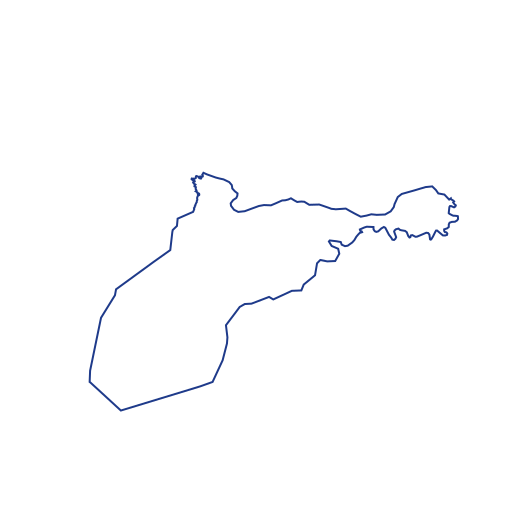 Obubra, Cross River, Nigeria, rotated 66°
{"feature_id": "59680162B46550202368720", "entity_name": "Obubra", "entity_type": "district", "adm_level": 2, "iso_a3": "NGA", "parent_name": "Nigeria", "parent_adm1": "Cross River", "projection": "robinson", "projection_center": [8.346, 6.001], "detail": "fine", "context": "isolated", "style": "outline", "palette": "blue", "viewbox_px": 512, "rotation_deg": 66, "n_neighbors": 0, "source": "geoboundaries", "source_scale": "gbopen_adm2", "svg_char_len": 3789}
<svg xmlns="http://www.w3.org/2000/svg" viewBox="0 0 512 512"><g transform="rotate(66 256 256)"><path d="M262.7,144.3L259.0,147.3L256.6,149.2L255.5,150.0L253.2,151.8L249.2,154.7L245.7,164.3L245.1,165.2L243.6,167.9L241.7,169.8L237.1,174.7L234.7,177.3L230.9,186.5L226.1,189.8L224.7,192.4L224.0,194.4L223.4,196.4L220.9,198.3L219.3,199.4L217.5,200.6L217.5,203.6L217.0,206.6L215.9,209.5L215.9,212.5L215.9,216.4L215.9,216.7L215.8,221.7L212.7,228.0L211.5,233.0L210.9,241.7L210.5,248.1L209.9,249.9L208.5,254.3L204.8,257.3L200.0,258.4L197.6,257.7L195.6,254.1L195.0,250.4L193.4,248.6L191.3,247.4L188.3,249.0L184.7,250.2L182.7,249.6L181.3,249.3L177.6,250.4L172.8,254.5L170.3,257.9L167.9,260.9L161.5,267.6L158.6,270.2L159.9,272.0L160.6,271.8L160.9,272.2L161.7,272.3L161.8,272.7L161.5,273.1L161.2,273.9L160.6,274.7L160.7,274.9L162.7,274.5L162.9,274.8L162.5,275.4L161.7,276.2L160.4,276.3L159.7,276.8L158.7,277.9L158.7,278.3L159.2,278.8L159.9,279.1L160.2,279.2L160.4,280.0L160.5,280.9L159.9,281.5L159.8,282.2L159.1,283.1L159.5,283.6L159.9,283.5L160.0,283.1L160.8,283.0L161.0,282.8L161.4,282.2L162.4,281.7L162.7,281.5L163.0,281.6L163.1,282.1L163.0,283.2L163.1,283.5L163.6,283.5L164.7,283.3L165.2,283.0L165.9,282.3L166.2,282.2L166.3,282.5L166.7,283.2L167.1,283.9L167.4,283.9L168.1,283.3L168.5,283.0L168.7,282.9L169.2,283.3L169.7,283.6L170.0,283.8L170.4,283.9L170.9,283.7L171.9,283.7L172.2,284.3L172.3,284.6L172.5,284.4L172.6,284.0L172.8,283.9L173.1,284.0L173.3,284.2L173.8,283.9L174.1,283.9L174.4,283.5L174.8,283.4L175.0,283.5L175.0,283.8L175.5,283.9L175.5,283.6L175.6,283.4L176.1,283.5L176.5,283.4L176.8,283.4L176.7,283.1L176.6,282.8L177.0,282.9L177.2,283.1L177.3,283.6L177.3,284.1L177.4,284.7L178.6,285.9L179.8,286.5L180.8,286.7L181.6,287.7L182.8,288.3L183.3,289.2L183.8,289.6L184.2,290.2L184.7,290.7L185.3,290.9L185.5,291.6L186.3,292.0L186.7,292.5L186.8,292.7L187.0,293.2L187.5,293.3L188.0,293.3L190.1,295.5L190.0,312.4L196.4,316.0L198.4,321.5L200.1,322.7L215.7,331.9L219.8,352.2L229.5,397.4L234.5,400.8L249.4,422.7L293.3,454.2L303.4,459.2L304.1,458.8L342.2,442.3L352.4,360.0L353.4,346.9L337.7,328.9L324.1,318.1L318.7,315.2L307.0,311.6L299.1,297.3L295.9,291.6L295.3,285.8L297.7,279.5L298.7,260.7L302.7,257.9L302.4,237.4L305.9,228.6L301.5,224.0L299.5,216.7L297.6,209.9L287.5,203.2L285.8,198.9L289.9,193.1L292.8,185.7L287.8,179.0L282.8,178.0L277.6,182.8L272.4,183.5L271.8,182.3L275.3,176.4L277.7,172.9L280.5,173.1L283.2,170.7L283.9,168.0L282.8,162.6L281.5,159.7L279.2,156.5L277.8,153.6L277.1,151.8L277.4,149.4L276.6,149.4L275.3,150.5L274.0,150.3L274.0,145.5L274.3,142.9L276.0,139.5L277.3,136.9L279.5,137.8L281.7,137.4L282.9,136.3L283.2,134.3L281.8,130.3L281.5,127.4L282.8,126.4L290.7,125.9L294.2,125.0L296.5,124.8L297.5,123.4L297.0,121.7L295.8,120.3L289.9,119.9L289.0,119.0L288.5,117.3L288.9,114.7L290.6,113.9L291.5,112.9L293.7,109.6L295.6,108.6L299.8,108.8L301.5,108.3L301.6,107.4L300.2,106.2L300.5,104.7L303.3,102.5L303.8,101.1L303.9,97.8L304.0,91.0L305.0,89.4L306.9,88.9L311.6,90.2L312.1,89.8L312.1,89.2L310.2,86.4L306.9,82.4L306.0,81.2L306.4,80.2L309.5,78.7L313.2,76.9L314.2,74.9L314.4,72.9L313.3,72.1L312.2,72.3L311.6,72.7L311.0,73.7L309.7,73.9L308.2,73.3L308.5,70.1L307.9,68.1L305.5,67.0L304.3,65.6L304.5,63.2L305.6,60.3L305.3,57.8L304.4,56.4L301.8,55.4L301.4,55.8L300.3,57.6L299.5,59.3L298.7,60.1L296.2,62.1L295.2,62.5L289.9,59.4L289.3,58.5L289.7,57.5L292.1,55.3L291.9,53.8L291.1,52.9L290.7,52.9L289.9,53.5L287.3,54.1L286.9,53.4L286.7,52.8L285.8,53.1L283.4,54.8L282.6,54.6L283.0,56.6L276.5,58.9L273.0,64.0L268.9,64.8L264.1,66.7L262.0,73.1L261.8,74.9L261.4,77.6L260.5,84.6L258.6,97.6L259.8,102.5L264.5,107.8L264.8,108.2L267.2,110.1L267.4,110.3L270.0,114.8L270.6,121.2L267.5,129.0L267.2,129.5L264.8,133.7L264.0,138.9L263.9,139.2L262.7,144.3Z" fill="none" stroke="#1e3a8a" stroke-width="2"/></g></svg>